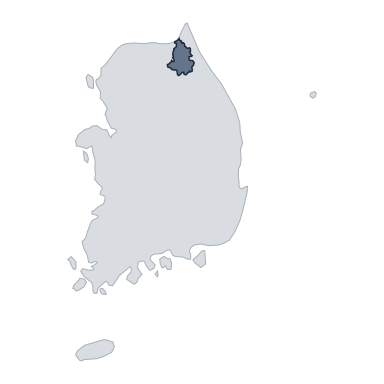 Inje-gun, Gangwon, South Korea shown in context
{"feature_id": "91817680B61474779558203", "entity_name": "Inje-gun", "entity_type": "district", "adm_level": 2, "iso_a3": "KOR", "parent_name": "South Korea", "parent_adm1": "Gangwon", "projection": "mercator", "projection_center": [128.258, 38.093], "detail": "fine", "context": "in_parent", "style": "filled", "palette": "slate", "viewbox_px": 384, "rotation_deg": 0, "n_neighbors": 0, "source": "geoboundaries", "source_scale": "gbopen_adm2", "svg_char_len": 4590}
<svg xmlns="http://www.w3.org/2000/svg" viewBox="0 0 384 384"><path d="M99.3,77.1L100.9,75.9L101.0,74.1L101.0,68.4L105.4,64.5L111.7,56.3L114.8,51.9L118.3,47.7L122.4,44.9L126.4,43.6L132.6,43.0L144.7,43.6L147.0,43.1L155.4,42.6L157.4,43.4L163.5,43.8L170.2,43.3L173.6,42.1L176.8,40.1L179.5,36.3L182.3,29.5L185.4,24.0L187.1,23.0L199.5,51.8L211.2,70.3L221.3,83.7L235.6,109.3L239.8,123.0L240.2,131.4L242.6,143.0L240.5,149.6L241.1,160.0L240.2,165.3L238.5,169.3L238.4,176.8L239.0,180.9L239.0,186.2L240.2,188.3L241.8,189.0L244.4,187.1L247.6,186.3L247.0,192.7L243.2,208.9L239.8,220.7L235.3,230.9L229.5,240.2L222.6,243.8L217.7,245.1L208.4,245.6L200.7,244.0L194.0,245.2L191.4,247.1L189.4,250.4L190.8,255.6L190.6,259.4L187.8,259.1L182.2,256.9L175.9,256.6L173.0,255.5L170.1,250.0L167.1,250.2L161.9,253.5L153.9,254.2L151.1,255.9L150.1,258.2L151.2,261.0L155.2,264.8L153.9,268.5L149.7,270.4L146.3,265.8L144.2,261.2L141.9,261.0L138.2,262.3L137.5,267.2L139.2,270.5L142.0,274.4L138.0,278.9L137.0,282.1L134.2,284.3L126.6,279.3L127.6,275.7L131.0,272.2L131.4,268.6L130.3,266.5L119.4,275.5L112.6,285.8L109.0,285.1L107.5,282.4L105.4,281.4L98.2,288.0L96.8,293.3L94.2,293.4L93.0,291.2L92.9,286.5L91.7,282.5L84.1,276.6L80.7,271.5L82.6,268.6L88.8,270.2L93.8,270.0L92.8,267.5L91.2,266.4L94.5,265.0L97.3,262.2L95.0,261.4L91.5,263.1L88.6,262.3L87.4,255.5L83.9,248.6L82.1,241.9L85.6,238.0L87.3,232.0L90.6,223.3L92.2,220.4L96.7,218.4L98.3,216.1L95.9,215.0L91.9,213.9L92.0,211.4L94.7,210.0L97.7,207.2L103.6,203.8L105.4,197.4L103.7,195.8L100.0,194.3L100.8,191.0L102.3,188.6L101.8,187.1L97.5,182.9L94.6,179.1L95.5,174.7L94.8,168.1L95.2,162.6L95.0,159.6L92.9,152.8L92.0,146.0L89.2,147.0L87.0,148.7L79.0,146.3L76.5,146.1L75.5,141.1L78.3,134.8L85.1,129.3L89.0,128.6L91.9,126.2L96.5,125.5L102.0,129.2L106.9,130.0L109.7,136.4L111.4,137.8L111.7,135.4L115.7,132.6L116.6,130.5L115.8,129.4L111.2,128.2L107.1,120.2L106.5,116.7L105.0,114.5L107.2,108.0L102.5,100.7L100.2,98.4L100.5,91.8L98.0,87.5L96.6,85.2L95.8,81.2L96.5,79.4L98.7,78.7L99.3,77.1ZM83.9,359.6L81.6,361.0L79.5,360.2L78.9,359.5L76.4,356.1L75.7,354.3L77.4,350.9L84.4,345.3L102.5,340.0L105.7,339.7L112.8,342.0L114.3,346.3L113.0,350.0L111.4,352.5L103.1,356.7L96.7,358.7L83.9,359.6ZM205.6,263.8L200.9,267.6L194.5,262.5L192.9,259.7L197.8,255.6L201.9,250.9L204.7,250.6L205.6,263.8ZM171.6,263.3L171.0,269.3L167.4,269.6L165.3,265.8L163.0,267.7L161.9,267.7L160.1,262.9L159.8,259.1L164.0,256.3L166.5,258.0L170.2,258.9L171.6,263.3ZM79.2,290.0L75.9,291.0L74.1,288.8L72.8,288.3L73.6,285.5L78.8,280.1L79.9,278.2L84.7,279.3L86.5,282.2L84.3,286.6L79.2,290.0ZM93.6,79.9L93.4,88.4L90.6,88.0L88.7,87.1L87.9,85.5L86.0,77.7L88.1,74.5L92.3,77.0L93.6,79.9ZM76.0,267.9L75.4,269.4L73.2,269.0L70.9,264.7L70.0,261.4L67.7,259.6L71.3,256.6L75.9,261.9L76.0,267.9ZM88.4,158.6L87.7,162.7L84.4,160.0L83.4,151.1L86.9,153.7L88.4,158.6ZM315.3,96.4L313.0,98.3L310.3,96.4L310.0,94.4L311.4,92.6L314.7,91.6L316.3,93.1L315.3,96.4ZM105.4,291.6L106.2,294.5L102.1,294.0L100.0,291.2L100.2,288.8L102.7,288.5L105.4,291.6ZM158.1,275.0L157.5,276.9L155.0,274.1L157.5,270.9L158.1,275.0Z" fill="#d9dde1" stroke="#a8b0b8" stroke-width="1"/><path d="M190.5,51.2L190.3,48.4L189.8,48.0L189.0,47.8L188.4,48.2L187.7,48.3L186.7,48.1L186.2,47.2L185.3,46.5L184.7,46.3L184.7,46.1L184.5,44.5L184.2,43.6L183.4,42.8L182.7,42.6L182.0,43.1L181.5,42.9L181.4,41.1L180.4,40.5L179.7,40.3L179.2,39.3L179.2,38.8L178.0,40.0L177.4,40.4L176.8,40.8L176.3,41.0L175.9,41.3L175.4,41.5L174.9,41.6L174.6,41.9L174.7,42.3L174.8,42.7L174.8,43.0L175.4,43.2L176.4,43.5L176.4,45.1L176.4,46.4L176.0,47.1L174.9,47.9L173.8,48.8L173.9,49.9L173.9,50.6L173.3,51.1L173.1,52.0L173.1,53.0L172.8,53.6L172.7,54.7L173.1,55.5L173.5,56.2L173.4,56.5L172.6,57.6L173.1,58.3L173.9,59.2L174.1,60.0L174.2,60.6L173.7,61.7L172.4,61.3L171.7,60.4L171.4,60.9L171.4,61.6L170.9,62.2L170.4,62.5L169.9,63.0L169.6,63.3L169.3,63.7L167.4,64.6L167.7,66.9L168.3,67.4L169.7,67.5L170.9,68.3L171.2,68.8L171.7,69.3L172.3,69.8L173.4,69.9L174.6,70.0L176.2,70.1L176.7,70.7L177.2,71.6L177.3,73.3L177.3,73.9L178.0,75.2L178.4,75.5L179.7,75.0L180.3,74.4L181.3,73.5L181.7,72.6L182.8,72.2L183.8,72.3L183.8,73.3L183.8,73.5L184.3,74.4L186.0,74.8L186.8,74.1L187.3,73.2L188.6,72.5L189.4,71.1L190.2,72.0L192.7,70.8L192.4,70.8L192.2,69.6L191.9,67.4L191.9,66.8L192.4,66.2L193.2,65.6L193.5,65.1L193.6,64.2L193.8,63.6L194.2,62.9L193.7,62.3L193.6,61.7L193.1,61.0L192.6,60.7L191.4,60.5L189.6,60.3L189.2,59.7L189.1,59.1L189.0,58.2L189.0,57.3L189.2,56.7L189.9,56.6L191.5,56.3L192.1,55.8L191.9,55.7L191.6,55.4L191.4,55.1L190.9,54.4L189.7,52.2L189.8,51.7L190.5,51.2Z" fill="#64748b" stroke="#1e293b" stroke-width="1.5"/></svg>